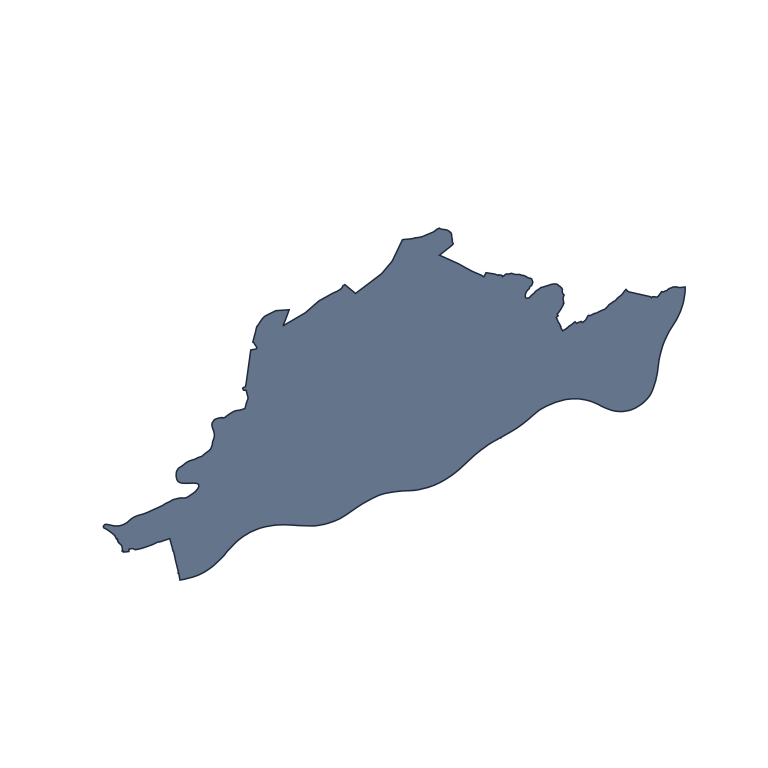 outline of West Betuwe, Gelderland, Netherlands, rotated 336°
{"feature_id": "6326949B99540716271776", "entity_name": "West Betuwe", "entity_type": "district", "adm_level": 2, "iso_a3": "NLD", "parent_name": "Netherlands", "parent_adm1": "Gelderland", "projection": "robinson", "projection_center": [5.205, 51.87], "detail": "fine", "context": "isolated", "style": "filled", "palette": "slate", "viewbox_px": 768, "rotation_deg": 336, "n_neighbors": 0, "source": "geoboundaries", "source_scale": "gbopen_adm2", "svg_char_len": 6091}
<svg xmlns="http://www.w3.org/2000/svg" viewBox="0 0 768 768"><g transform="rotate(336 384 384)"><path d="M459.4,259.8L442.0,274.6L440.8,275.4L427.9,281.7L426.7,282.2L421.1,283.6L394.8,289.7L388.7,277.3L386.6,277.5L384.4,279.2L383.1,279.6L381.1,280.0L379.3,280.2L374.6,280.2L358.4,281.6L341.2,286.9L315.9,289.7L316.0,289.3L316.3,288.9L317.3,287.9L319.4,286.0L327.6,277.6L315.0,273.0L305.8,273.4L302.2,273.7L299.1,275.0L291.5,279.8L291.3,279.7L290.1,281.0L288.0,283.9L281.3,292.2L281.2,292.4L281.2,292.6L281.9,293.3L282.0,294.9L282.7,298.8L282.3,299.4L281.9,299.7L281.3,300.0L276.1,298.7L259.6,325.3L256.9,329.4L256.4,330.1L253.9,330.1L253.4,330.2L253.1,330.5L253.1,331.8L253.1,332.4L253.3,332.6L253.5,332.8L255.4,333.5L255.5,333.6L254.3,340.8L254.0,341.7L253.5,342.4L250.5,345.4L248.9,347.5L246.9,349.9L241.1,349.1L239.3,348.5L236.5,347.9L232.6,348.2L227.7,349.1L225.7,349.7L224.4,349.8L222.8,349.4L222.9,349.1L221.8,348.5L220.2,348.1L216.6,347.5L214.4,347.6L214.1,347.8L214.2,348.0L211.6,349.3L211.0,349.8L210.2,351.2L209.8,352.5L209.5,354.1L209.1,358.8L208.4,361.4L207.5,363.1L206.5,364.4L203.9,367.1L202.3,369.8L199.8,372.3L198.8,373.0L197.3,373.6L192.0,374.8L188.6,375.9L187.1,375.9L184.5,375.6L180.9,375.8L174.8,375.1L171.7,375.3L166.7,376.6L162.2,377.3L161.3,377.7L159.5,379.0L158.6,379.9L157.7,381.4L156.7,383.5L156.2,385.2L155.9,387.5L156.1,388.8L156.5,389.8L157.7,391.3L159.5,392.7L164.7,395.1L169.5,397.0L171.2,397.9L172.7,398.9L173.1,399.2L173.5,399.9L173.7,400.8L173.6,401.2L172.7,402.7L172.4,403.0L171.0,404.0L169.1,405.0L166.3,406.0L158.5,407.4L157.7,407.4L155.1,407.0L152.6,405.6L150.4,405.1L150.4,404.9L143.9,403.8L140.3,404.3L136.0,404.3L132.3,404.9L126.5,405.0L119.0,405.0L116.6,405.1L111.8,404.9L105.5,404.0L101.9,403.9L98.5,404.3L92.8,406.1L89.0,406.4L85.2,406.1L83.0,405.4L79.7,403.8L73.9,399.6L72.5,398.9L71.5,398.9L70.2,399.5L69.6,400.1L69.4,401.1L69.8,401.9L71.1,403.4L72.4,405.3L74.7,409.4L75.9,411.8L76.3,412.9L76.4,413.5L76.6,417.0L77.3,417.0L77.4,417.9L76.9,418.9L76.8,419.6L77.3,420.8L77.0,421.0L78.4,424.2L78.5,425.8L78.2,427.6L76.8,430.2L77.8,430.5L77.7,430.8L77.8,430.8L77.5,431.5L80.2,432.5L82.9,433.3L83.7,431.2L86.5,431.8L87.4,432.1L88.2,432.8L89.1,434.0L89.8,434.4L92.5,435.0L96.4,435.7L100.4,436.1L107.5,436.6L113.1,436.4L114.9,437.1L125.4,438.1L124.4,444.3L124.3,445.6L123.3,450.8L123.6,451.5L123.5,452.4L121.8,460.3L119.5,473.1L119.4,473.0L119.3,473.7L119.1,473.6L119.3,474.3L117.8,480.1L121.6,481.1L131.3,482.7L136.4,483.1L141.4,482.9L144.2,482.7L148.9,481.9L154.2,480.7L163.6,477.4L168.2,475.6L173.0,473.0L182.3,469.2L185.7,467.9L189.2,467.0L193.4,466.0L201.2,465.0L209.4,465.1L213.0,465.4L217.7,466.2L225.6,468.2L229.1,469.4L235.6,472.0L242.8,475.6L248.2,478.5L261.1,484.7L263.4,485.6L266.5,486.5L272.9,488.0L277.2,488.6L283.3,489.1L288.9,489.1L296.5,488.1L308.6,485.8L316.4,484.6L326.3,483.8L333.3,483.6L337.7,484.0L341.5,484.6L349.9,486.8L357.1,489.1L364.9,492.2L368.3,493.5L372.8,494.7L382.1,496.4L389.0,496.9L394.3,496.8L398.0,496.6L402.7,496.0L408.2,495.1L413.8,493.8L418.4,492.5L437.4,486.0L445.9,483.7L448.6,483.2L454.4,481.9L458.6,481.3L468.7,480.4L468.8,480.6L468.9,480.4L481.0,479.2L487.7,478.3L494.6,476.9L502.7,474.7L508.0,473.0L515.3,471.0L523.3,470.3L533.4,470.5L543.4,472.0L549.9,474.1L556.1,476.9L561.6,480.5L565.5,483.6L568.5,486.6L571.3,489.7L573.6,492.7L576.1,495.6L579.0,498.5L581.8,501.1L584.9,503.3L588.8,505.4L591.3,506.4L595.5,507.5L597.9,508.0L600.6,508.2L604.1,508.2L608.5,507.6L611.7,507.0L614.5,506.2L617.8,504.9L621.1,503.3L623.9,501.5L625.8,499.8L627.8,497.9L633.5,491.6L638.3,485.0L645.0,474.0L648.6,469.1L654.1,462.5L657.9,458.7L663.0,454.3L666.1,451.8L676.9,444.6L679.9,442.2L684.7,438.0L689.5,432.7L691.6,430.0L695.2,424.5L696.8,421.8L698.6,417.9L693.1,416.1L690.5,414.1L690.4,414.3L690.1,414.3L689.6,413.8L688.7,413.5L687.7,412.9L685.1,413.0L683.8,412.7L682.5,412.9L680.6,413.7L679.8,413.5L678.1,413.4L676.4,413.5L676.0,413.3L675.5,412.6L675.2,412.5L670.5,415.2L668.7,415.7L667.6,414.9L665.0,413.5L663.9,413.7L663.4,413.9L663.1,413.0L662.5,412.3L645.3,399.5L644.7,398.8L644.2,397.9L643.6,396.0L641.3,397.0L637.9,399.0L635.1,399.8L632.8,400.3L629.9,401.6L628.7,402.0L626.4,402.1L624.6,402.6L621.9,403.0L619.7,404.2L616.2,405.5L611.4,405.3L606.8,405.6L606.3,405.5L605.5,405.2L604.8,405.1L600.3,405.4L599.0,404.5L598.3,404.6L598.1,404.6L594.8,407.2L594.0,407.6L593.2,407.9L590.4,408.6L589.6,407.0L587.8,407.0L587.2,406.8L584.6,406.9L583.8,404.8L579.3,406.1L576.0,406.5L574.4,407.5L573.9,407.2L573.5,407.5L568.8,408.1L568.4,403.7L568.9,403.6L568.8,400.2L568.8,399.7L568.6,399.4L568.4,398.7L568.5,395.2L568.4,393.3L570.9,392.5L570.6,390.7L572.8,389.6L575.9,387.7L580.3,384.3L580.4,383.5L581.1,383.5L582.0,380.0L582.4,378.8L583.3,377.4L584.8,375.9L584.4,375.3L584.1,373.5L584.5,371.9L585.5,370.1L585.5,369.3L585.1,367.9L584.5,366.5L583.6,365.2L583.4,364.3L583.1,363.8L582.5,363.1L581.5,362.4L579.1,361.4L577.0,361.0L569.4,360.2L566.5,359.7L564.2,360.3L560.3,360.9L558.3,362.0L555.2,362.8L552.2,364.1L551.4,364.2L550.3,364.1L549.4,363.7L548.9,363.3L548.7,363.0L548.5,362.4L548.8,361.2L549.6,359.7L550.8,358.3L551.6,357.7L553.2,356.8L555.4,356.0L556.6,354.7L557.3,354.4L559.0,354.1L561.3,351.7L561.5,350.9L561.6,348.9L561.5,348.0L561.4,347.6L560.4,346.7L559.2,346.0L557.2,343.2L555.5,341.4L553.8,340.6L553.0,339.5L552.5,339.1L549.1,337.6L548.9,337.6L547.8,336.8L545.5,334.7L542.4,334.2L540.8,333.3L540.2,333.2L539.6,333.2L537.4,334.0L536.4,334.1L536.6,333.9L536.5,333.5L535.5,332.4L535.3,332.5L534.9,331.9L534.2,331.6L533.3,330.9L532.7,331.3L529.8,328.5L522.5,323.8L518.8,326.7L518.6,326.4L517.2,324.2L510.4,316.9L508.0,313.7L506.3,311.6L501.0,304.5L487.1,288.9L502.3,285.0L504.3,284.1L504.3,282.5L504.4,281.2L505.1,280.3L505.0,279.9L505.3,279.4L505.8,276.9L506.6,275.0L506.7,273.5L506.5,272.7L506.4,272.7L506.1,272.3L506.3,272.2L505.5,270.7L504.8,269.7L504.0,268.8L502.5,267.7L500.5,266.6L498.7,265.3L498.0,264.1L495.6,264.1L491.0,265.2L478.3,264.9L474.8,264.1L471.9,263.1L471.7,263.0L471.2,263.2L466.8,262.1L460.9,260.0L459.9,259.8L459.5,259.9L459.4,259.8Z" fill="#64748b" stroke="#1e293b" stroke-width="1.5"/></g></svg>